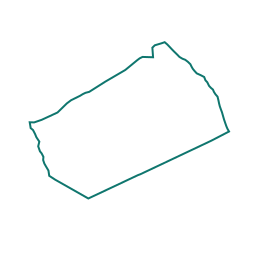 outline of São Bento do Norte, Rio Grande do Norte, Brazil, rotated 51°
{"feature_id": "56859067B38595595329522", "entity_name": "São Bento do Norte", "entity_type": "district", "adm_level": 2, "iso_a3": "BRA", "parent_name": "Brazil", "parent_adm1": "Rio Grande do Norte", "projection": "albers", "projection_center": [-36.003, -5.149], "detail": "fine", "context": "isolated", "style": "outline", "palette": "teal", "viewbox_px": 256, "rotation_deg": 51, "n_neighbors": 0, "source": "geoboundaries", "source_scale": "gbopen_adm2", "svg_char_len": 1007}
<svg xmlns="http://www.w3.org/2000/svg" viewBox="0 0 256 256"><g transform="rotate(51 128 128)"><path d="M115.6,219.3L122.4,217.1L157.8,203.2L170.9,149.9L171.7,147.5L190.3,71.2L194.3,51.7L191.2,51.2L188.7,50.5L185.6,49.4L181.8,48.0L177.8,46.3L175.0,45.1L172.0,44.1L168.9,43.0L166.1,41.7L163.6,40.4L160.0,38.7L156.8,38.8L154.0,38.5L151.6,37.8L149.0,38.3L146.3,38.5L142.3,37.6L139.7,37.8L136.3,36.7L132.6,38.3L128.8,40.2L125.4,40.4L122.8,40.4L120.3,40.0L117.7,39.4L114.3,39.8L111.0,40.6L108.4,42.1L105.1,43.3L102.6,43.5L99.9,43.8L97.4,44.1L94.1,44.4L91.2,44.6L87.7,44.9L84.4,45.5L83.2,48.8L80.6,55.1L80.9,58.5L88.8,64.0L81.9,72.0L81.2,75.1L81.1,78.1L81.2,93.6L77.7,116.4L75.5,135.4L73.9,138.9L73.2,141.9L72.8,145.0L70.6,154.7L70.4,160.0L71.6,173.0L67.3,190.0L64.6,197.4L61.7,200.8L64.4,202.3L66.8,203.7L69.8,203.1L74.2,204.0L77.5,205.0L82.8,205.5L85.7,209.3L90.7,211.1L93.4,211.1L97.2,211.9L99.5,214.1L103.0,215.4L106.7,216.0L111.0,216.6L115.6,219.3Z" fill="none" stroke="#0f766e" stroke-width="2"/></g></svg>